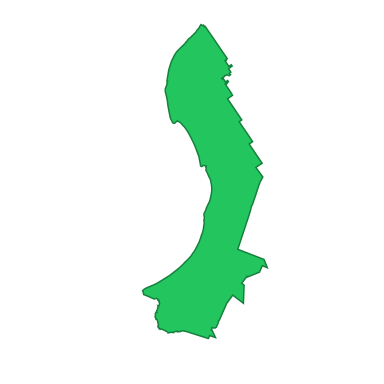 Huatabampo, Sonora, Mexico, rotated 56°
{"feature_id": "50627088B14557669521894", "entity_name": "Huatabampo", "entity_type": "district", "adm_level": 2, "iso_a3": "MEX", "parent_name": "Mexico", "parent_adm1": "Sonora", "projection": "mercator", "projection_center": [-109.361, 26.605], "detail": "fine", "context": "isolated", "style": "filled", "palette": "green", "viewbox_px": 384, "rotation_deg": 56, "n_neighbors": 0, "source": "geoboundaries", "source_scale": "gbopen_adm2", "svg_char_len": 5584}
<svg xmlns="http://www.w3.org/2000/svg" viewBox="0 0 384 384"><g transform="rotate(56 192 192)"><path d="M322.6,260.4L322.6,260.2L320.8,257.8L325.8,253.9L317.2,252.6L317.0,253.0L316.3,252.0L315.8,251.5L315.6,251.2L315.8,251.0L316.1,250.8L316.4,250.5L316.5,250.5L317.7,248.9L317.7,247.5L314.8,242.9L313.7,242.4L313.7,241.3L313.0,240.2L303.7,225.4L300.3,215.9L313.0,211.6L298.3,200.9L295.5,201.9L292.7,193.7L293.4,193.8L296.2,180.9L292.4,174.9L296.9,171.9L288.2,170.0L265.1,186.1L243.6,158.3L239.7,153.5L237.7,151.5L237.5,151.2L236.2,149.0L236.0,148.7L230.8,141.7L223.0,131.8L223.1,131.6L221.9,130.2L220.4,127.2L219.2,124.9L207.3,125.3L207.4,117.8L184.3,117.8L184.2,117.8L184.2,113.6L172.9,113.5L172.3,113.6L160.1,113.6L160.1,110.4L134.5,110.4L134.6,108.6L134.5,104.3L132.9,104.2L130.4,104.1L125.1,104.1L121.0,104.1L121.0,102.9L121.7,102.9L121.7,102.4L121.0,102.4L121.0,100.1L119.5,100.1L119.5,102.7L115.5,102.7L115.5,103.5L115.0,103.5L114.9,103.7L114.4,103.8L114.4,101.4L114.4,101.1L114.3,100.6L114.1,100.3L113.9,99.5L114.1,99.4L114.4,98.2L114.7,97.3L115.3,96.6L115.8,96.2L116.4,96.2L116.4,95.3L116.2,94.5L115.9,94.7L114.4,94.5L114.4,92.8L113.3,92.7L110.1,92.7L110.1,88.3L108.5,88.3L108.5,91.2L101.7,91.2L102.0,89.6L101.9,89.5L101.1,89.5L101.1,88.2L97.6,88.2L96.2,88.2L91.9,88.3L84.2,88.3L70.7,88.4L62.2,88.5L62.2,89.1L60.1,89.1L60.2,90.0L58.2,91.0L59.0,92.8L59.7,94.2L60.1,95.0L60.5,96.2L60.4,96.5L60.5,96.9L60.7,97.4L61.1,98.2L61.5,99.2L61.8,100.2L62.0,101.5L62.5,103.7L62.6,104.8L62.8,105.3L63.0,106.7L63.2,109.2L63.7,111.1L63.9,111.4L64.0,111.5L64.3,111.7L64.4,112.0L64.5,112.6L64.4,112.7L64.3,113.0L64.3,113.4L64.7,113.9L65.0,114.9L65.2,115.8L65.7,118.7L66.0,120.6L66.8,124.5L67.2,126.3L68.0,128.3L68.8,130.0L69.7,131.7L71.7,135.2L72.8,136.8L73.0,137.0L73.3,137.5L77.1,142.2L77.7,142.8L78.0,142.9L78.3,143.5L81.8,146.8L83.7,148.7L84.9,149.7L85.3,150.0L85.6,150.0L85.9,150.1L85.7,150.2L85.7,150.4L85.9,150.5L86.2,150.8L87.0,151.3L87.8,151.8L88.5,152.4L89.0,152.9L90.3,154.7L91.1,155.9L91.8,156.7L92.5,157.2L92.9,157.4L93.6,157.9L94.2,158.2L94.8,158.4L95.8,158.7L98.2,159.6L100.5,160.5L104.2,162.2L105.1,162.8L107.1,163.7L114.4,166.9L116.2,167.6L117.6,168.3L119.7,168.8L121.7,169.0L123.3,169.3L123.8,169.2L124.4,169.0L124.6,168.9L125.1,168.2L125.3,167.6L125.2,167.0L125.0,166.4L125.0,166.1L124.9,165.9L124.9,165.7L125.3,164.5L125.1,164.4L126.1,163.7L126.9,163.2L128.2,162.9L128.4,162.7L129.2,162.5L129.3,162.6L130.5,162.5L131.8,162.3L133.1,162.1L133.8,161.9L136.3,161.8L138.0,161.8L140.4,161.9L141.9,162.0L145.8,162.4L149.4,162.9L151.9,163.2L154.7,163.7L156.2,164.0L161.2,165.2L165.8,166.3L166.5,166.5L169.5,167.8L173.9,169.6L174.5,170.0L175.0,170.3L175.3,170.3L175.8,170.2L176.2,169.9L176.4,169.5L176.5,169.0L176.3,168.1L176.2,167.7L178.4,165.7L178.5,166.1L179.1,166.7L179.8,166.8L180.6,167.2L181.2,167.9L181.6,168.3L182.0,168.4L182.9,168.4L183.8,168.5L185.6,168.8L188.4,169.4L191.4,169.7L192.2,169.9L195.0,171.0L195.3,171.2L197.0,171.9L199.4,173.2L200.7,174.0L201.8,174.8L203.2,176.0L204.8,177.5L206.0,178.7L206.2,178.9L206.5,179.1L206.7,179.4L206.9,179.5L207.0,179.7L207.2,179.9L207.6,180.5L208.1,180.9L209.0,182.0L209.8,183.0L210.4,184.2L210.5,184.3L211.0,185.2L211.7,186.4L212.0,186.8L213.3,189.1L214.8,190.9L216.1,193.2L216.4,193.8L216.7,194.2L217.2,194.6L218.5,195.3L219.6,195.8L221.2,196.9L221.4,197.1L222.1,198.0L223.3,198.5L224.7,199.4L227.4,201.8L229.2,203.4L230.7,205.1L231.3,205.7L232.4,207.3L233.2,208.5L233.9,209.4L234.5,210.0L237.3,213.8L238.4,215.7L238.7,216.2L239.4,217.5L240.9,220.2L241.0,220.4L241.2,220.7L242.1,222.6L242.8,224.2L243.3,225.9L243.9,227.1L244.5,228.6L245.0,230.4L246.0,235.3L246.3,237.2L247.2,241.2L247.7,244.4L248.0,247.3L248.7,257.1L248.6,259.0L248.4,265.7L248.3,268.1L248.2,269.7L248.0,272.9L247.7,275.1L247.0,278.6L246.3,282.0L246.2,282.7L246.1,283.2L246.0,283.8L246.0,284.2L245.9,284.6L245.9,285.0L245.9,285.5L246.0,286.2L245.9,286.3L246.0,287.0L246.3,288.2L246.6,288.3L246.8,288.1L250.0,289.4L251.6,288.3L254.1,286.6L259.6,283.2L259.9,282.3L260.0,281.9L260.2,281.4L260.4,281.2L260.6,280.7L260.9,280.5L261.3,280.3L261.5,280.4L261.8,280.4L262.0,280.6L262.6,280.7L262.8,280.8L263.0,280.8L263.3,280.6L263.5,280.1L263.5,279.9L264.0,280.0L264.3,280.2L264.5,280.4L264.6,280.7L264.7,280.8L265.5,281.0L266.0,281.2L266.3,281.1L266.5,281.2L266.7,281.7L267.1,282.1L267.3,282.2L267.3,282.5L267.5,282.7L267.6,282.9L267.7,283.3L267.7,283.7L267.3,283.6L267.2,283.7L267.3,283.7L267.2,283.8L267.9,283.9L268.3,284.5L268.4,284.8L268.6,285.0L268.8,285.3L269.3,285.6L269.6,285.6L269.8,285.9L270.1,286.4L270.4,287.2L270.9,288.0L271.1,288.2L271.3,288.3L271.7,288.4L272.0,288.4L271.9,288.5L271.8,288.9L271.7,289.2L271.8,289.6L272.1,290.1L272.7,290.7L273.0,291.0L273.3,291.1L273.7,291.2L273.8,291.2L274.0,291.2L274.3,291.3L274.5,291.9L274.7,292.1L274.8,292.4L274.9,292.5L275.3,292.6L275.9,292.6L276.6,292.6L276.9,292.7L277.3,293.0L277.4,292.7L277.7,292.5L278.1,292.4L278.7,292.5L279.5,292.7L281.2,293.3L281.6,293.5L282.8,294.0L283.7,294.3L283.9,294.4L284.0,295.1L284.4,295.5L284.7,295.6L285.1,295.7L285.5,295.6L285.7,295.4L286.0,295.3L286.7,295.8L286.8,295.8L287.0,295.7L287.3,295.6L287.7,295.3L287.9,295.3L288.1,295.2L288.3,294.7L288.5,293.8L294.4,290.5L295.0,290.5L295.4,290.7L296.2,289.0L296.3,288.1L296.4,287.9L297.0,287.4L297.8,286.5L298.1,286.2L298.3,286.0L298.1,284.5L298.8,282.6L299.1,282.3L299.6,282.4L300.1,282.1L300.1,281.5L300.3,280.9L300.9,280.3L301.0,280.1L301.1,279.8L301.5,278.9L301.5,278.2L301.7,277.6L301.9,277.1L302.2,276.8L302.8,276.5L303.1,276.3L303.2,275.9L303.4,275.6L322.6,260.4Z" fill="#22c55e" stroke="#15803d" stroke-width="1.5"/></g></svg>